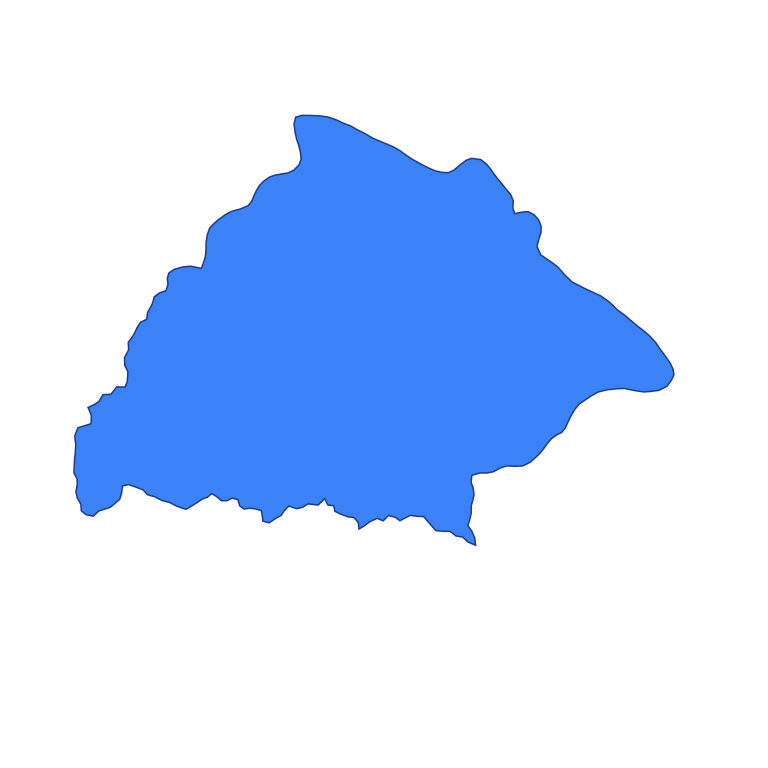 Josenópolis, Minas Gerais, Brazil (Albers equal-area conic projection), rotated 115°
{"feature_id": "56859067B6058269731214", "entity_name": "Josenópolis", "entity_type": "district", "adm_level": 2, "iso_a3": "BRA", "parent_name": "Brazil", "parent_adm1": "Minas Gerais", "projection": "albers", "projection_center": [-42.539, -16.52], "detail": "fine", "context": "isolated", "style": "filled", "palette": "blue", "viewbox_px": 768, "rotation_deg": 115, "n_neighbors": 0, "source": "geoboundaries", "source_scale": "gbopen_adm2", "svg_char_len": 3315}
<svg xmlns="http://www.w3.org/2000/svg" viewBox="0 0 768 768"><g transform="rotate(115 384 384)"><path d="M530.3,642.3L536.1,636.0L543.7,632.7L548.1,637.5L553.1,642.9L561.9,642.3L569.1,637.8L576.7,634.8L582.5,632.8L588.9,630.3L595.7,627.4L599.7,622.1L605.1,619.4L611.8,617.7L616.9,613.9L621.0,608.0L626.9,604.7L628.3,598.7L626.6,591.5L619.7,588.9L615.3,584.1L611.5,580.0L606.0,577.4L600.2,574.8L593.8,575.7L587.0,577.9L583.1,573.1L582.3,565.1L581.8,557.6L584.3,551.5L583.1,544.1L583.4,535.8L582.0,528.4L582.3,520.3L581.3,510.5L575.0,506.2L570.0,503.0L564.8,499.9L561.1,496.1L556.0,493.8L556.9,487.7L558.5,482.0L556.0,476.9L551.5,473.4L550.6,467.4L555.4,463.3L556.5,458.0L553.4,453.4L551.5,447.6L550.6,441.6L554.8,438.7L559.5,435.8L558.4,429.4L551.8,425.5L546.6,421.7L540.8,420.8L534.8,418.6L533.9,410.5L530.1,405.6L524.8,402.2L521.5,392.5L513.0,389.3L517.4,383.8L515.5,378.1L520.2,374.7L520.2,367.8L519.6,360.5L517.7,354.9L520.5,348.7L526.0,345.4L521.0,341.9L514.8,338.7L508.6,333.3L508.4,326.9L501.2,324.3L500.1,317.2L501.2,311.8L496.5,308.2L491.8,304.5L489.9,297.9L487.4,292.0L490.2,285.9L492.7,280.4L494.9,275.0L492.5,268.2L489.7,262.0L491.3,254.5L489.5,247.9L491.8,241.1L491.4,232.8L485.1,236.8L480.2,242.3L476.7,248.3L471.0,248.9L464.3,250.3L457.5,253.5L451.9,254.3L446.1,255.7L440.3,259.4L436.4,263.5L429.6,265.8L424.1,259.5L421.4,253.5L417.4,247.9L410.6,242.8L406.0,237.6L403.4,230.8L399.5,223.5L393.0,218.4L387.2,215.8L380.3,213.2L374.3,211.8L369.4,210.9L362.9,209.2L356.7,205.7L352.7,202.4L347.0,201.1L339.9,201.1L334.3,201.1L326.7,200.4L319.7,198.6L313.4,194.9L307.1,191.1L300.8,186.6L295.0,179.4L289.9,171.0L286.4,164.1L285.2,158.7L283.3,151.6L281.4,145.2L278.7,140.3L273.7,132.3L266.8,126.7L259.1,125.1L253.3,125.1L248.4,128.3L243.9,133.7L239.8,141.0L235.6,148.6L231.5,155.5L228.3,163.3L226.3,170.2L224.5,178.0L222.4,186.1L219.7,195.8L218.1,204.4L216.1,209.2L214.2,215.8L212.6,224.4L212.6,232.8L212.6,242.6L212.3,249.5L212.0,256.9L208.7,266.4L204.5,275.9L202.7,284.5L200.8,296.3L194.7,303.5L187.3,304.9L180.6,305.7L174.4,308.4L169.7,313.5L167.1,319.8L166.9,326.2L169.7,331.3L174.3,337.4L170.2,341.6L163.4,344.2L159.0,348.9L155.7,356.0L152.7,361.8L149.9,368.0L146.9,373.5L144.3,378.1L141.4,383.9L139.7,391.1L142.5,400.1L146.4,404.0L153.4,407.7L160.6,411.1L165.0,414.6L167.8,421.0L169.2,428.5L169.4,436.1L169.1,443.0L168.4,453.4L167.2,461.1L165.9,467.5L165.1,476.0L165.6,487.5L165.9,498.2L165.1,507.0L164.8,516.5L164.2,524.0L164.8,530.3L164.8,539.6L165.7,547.6L168.2,555.7L171.7,564.2L175.1,571.7L179.5,576.8L186.4,575.4L193.5,570.9L199.0,566.7L203.6,562.3L209.4,557.6L215.2,554.2L221.3,553.6L228.4,556.2L233.3,560.2L237.0,565.8L241.1,571.4L245.0,575.4L251.2,578.8L256.8,580.8L262.8,581.4L268.8,581.4L274.2,581.1L279.9,582.6L286.2,588.3L291.7,594.9L297.8,599.5L305.5,603.7L310.4,605.9L316.0,607.9L323.7,607.2L330.6,605.2L337.4,602.1L343.2,600.0L349.5,598.9L356.4,598.4L358.9,608.9L362.7,615.5L368.5,622.4L374.3,625.9L380.0,625.0L384.9,621.9L391.6,621.1L396.6,626.2L402.1,629.1L408.4,627.9L413.7,628.1L419.1,628.5L425.8,626.4L430.7,630.7L437.0,631.6L443.6,631.6L448.6,632.2L454.4,633.4L460.9,629.9L469.9,630.3L476.7,626.8L481.1,621.3L486.2,619.3L491.0,617.5L496.4,617.6L499.5,625.0L508.7,627.1L512.4,634.2L520.1,634.9L525.0,637.8L530.3,642.3Z" fill="#3b82f6" stroke="#1e3a8a" stroke-width="1.5"/></g></svg>